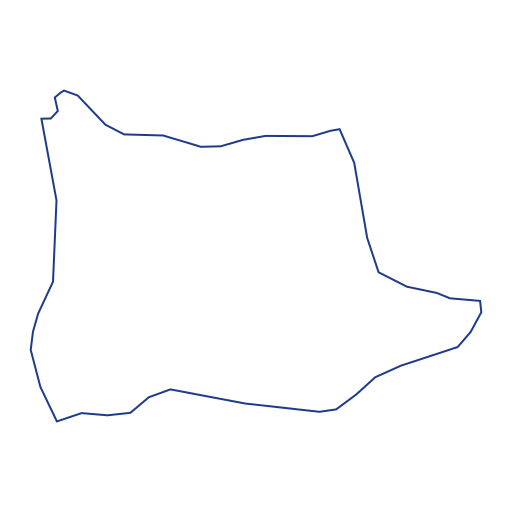 the border of Bayburt
{"feature_id": "TUR-3032", "entity_name": "Bayburt", "entity_type": "Province", "adm_level": 1, "iso_a3": "TUR", "parent_name": "Turkey", "parent_adm1": "", "projection": "robinson", "projection_center": [40.231, 40.313], "detail": "fine", "context": "isolated", "style": "outline", "palette": "blue", "viewbox_px": 512, "rotation_deg": 0, "n_neighbors": 0, "source": "natural_earth", "source_scale": "10m", "svg_char_len": 660}
<svg xmlns="http://www.w3.org/2000/svg" viewBox="0 0 512 512"><path d="M245.0,403.5L170.4,389.4L148.9,397.2L130.4,412.8L107.6,415.3L81.6,413.1L56.9,421.4L40.4,387.0L30.7,349.9L33.0,331.6L38.1,313.7L53.0,281.7L56.5,200.4L41.4,118.7L50.8,118.5L57.8,111.0L54.8,97.5L60.8,92.5L64.0,90.6L77.7,95.5L105.4,124.7L124.1,134.4L163.2,135.5L200.9,146.8L220.6,146.3L242.8,139.9L265.5,135.9L312.3,136.2L330.4,130.8L339.6,129.2L354.2,162.8L367.2,238.0L378.6,272.3L406.9,286.7L436.9,293.0L449.9,298.3L480.1,300.9L481.3,312.3L470.6,332.0L457.7,347.0L400.8,365.7L375.3,377.2L356.1,394.6L336.1,409.4L319.5,411.8L245.0,403.5Z" fill="none" stroke="#1e3a8a" stroke-width="2"/></svg>